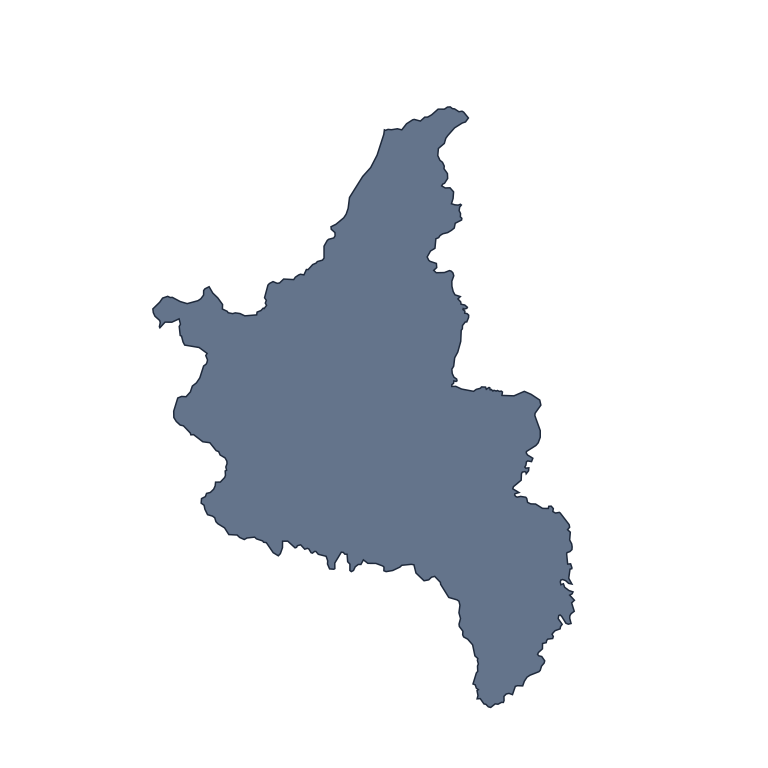 the district of Maubisse, Ainaro, East Timor, rotated 105°
{"feature_id": "22284137B40449592168850", "entity_name": "Maubisse", "entity_type": "district", "adm_level": 2, "iso_a3": "TLS", "parent_name": "East Timor", "parent_adm1": "Ainaro", "projection": "albers", "projection_center": [125.632, -8.847], "detail": "fine", "context": "isolated", "style": "filled", "palette": "slate", "viewbox_px": 768, "rotation_deg": 105, "n_neighbors": 0, "source": "geoboundaries", "source_scale": "gbopen_adm2", "svg_char_len": 6170}
<svg xmlns="http://www.w3.org/2000/svg" viewBox="0 0 768 768"><g transform="rotate(105 384 384)"><path d="M100.0,387.0L100.3,389.2L99.2,391.7L100.1,394.4L102.9,396.8L104.5,402.9L111.6,407.6L114.9,410.9L115.7,413.7L120.6,416.9L120.6,423.3L121.4,424.7L126.8,429.6L133.9,432.6L134.0,437.1L136.5,442.7L137.0,446.0L138.6,448.2L138.4,449.4L142.9,448.8L164.7,449.9L178.4,452.9L189.0,458.3L212.7,465.6L223.6,464.1L229.7,464.5L233.9,465.9L242.1,471.7L245.8,475.9L248.2,475.0L250.4,470.6L253.5,469.6L255.9,470.3L258.6,475.0L260.1,476.0L266.4,477.6L277.9,474.5L280.3,475.5L283.0,480.1L284.8,480.9L287.1,483.8L293.1,486.9L293.5,488.6L299.3,489.6L299.6,493.1L300.7,494.6L303.8,497.3L306.5,498.2L308.6,508.1L313.4,511.0L314.4,513.2L313.8,517.7L316.6,520.7L318.5,521.7L331.6,521.7L333.7,519.3L336.6,519.6L338.4,517.8L342.2,519.3L342.0,520.3L344.9,521.9L347.4,525.2L350.2,524.9L354.2,536.1L353.2,541.3L353.8,546.1L355.2,548.4L355.5,553.0L354.4,554.2L353.4,559.5L349.0,560.5L343.8,566.9L340.5,572.9L335.3,578.1L338.4,581.6L340.4,582.4L344.8,581.3L349.1,583.0L351.7,585.3L357.3,594.9L357.1,602.2L355.1,610.9L355.8,612.9L355.3,615.6L358.3,620.1L363.0,621.8L371.3,626.7L374.8,625.3L377.8,622.8L380.7,617.1L382.7,616.0L386.8,615.8L387.7,615.0L380.9,611.5L379.2,604.9L374.1,598.8L378.9,596.1L381.4,596.7L389.9,593.4L390.1,592.0L395.4,589.0L398.0,586.6L396.6,572.1L400.2,562.8L402.7,563.5L406.4,560.7L409.1,560.6L410.8,560.9L413.3,562.9L425.7,563.5L431.5,565.5L435.6,568.6L441.8,569.0L447.5,571.9L448.4,576.3L450.9,579.6L464.7,580.1L470.8,578.3L474.0,574.9L476.4,570.3L476.3,566.9L481.5,558.4L483.1,557.4L482.2,554.8L486.7,544.1L485.8,537.0L491.8,528.9L492.1,526.2L495.0,523.9L496.5,518.4L499.2,515.8L501.6,515.0L505.1,515.3L508.1,513.7L509.1,514.9L513.3,513.5L515.5,513.7L521.1,516.7L522.4,521.3L526.1,520.7L529.7,521.3L533.7,523.7L535.6,527.1L539.0,527.4L541.9,530.6L546.4,529.8L547.7,526.4L551.3,524.6L555.9,520.6L556.0,515.5L557.0,512.9L560.5,510.7L562.0,508.3L564.2,500.8L569.6,494.9L567.9,486.8L569.6,483.7L570.4,478.7L568.2,476.5L565.4,469.3L566.6,467.1L567.0,460.6L568.0,459.4L567.7,456.6L575.6,447.4L577.3,441.6L574.7,440.2L568.4,439.7L562.1,441.3L560.7,436.3L565.3,427.5L564.4,426.2L562.6,425.8L560.9,422.9L564.1,417.8L562.6,415.5L562.8,413.9L565.8,410.8L565.9,409.4L563.6,407.6L563.4,406.4L565.5,403.4L565.4,395.3L569.4,392.6L572.5,392.0L576.7,388.7L575.9,384.5L575.0,383.7L569.7,385.2L557.5,381.7L557.2,379.7L558.5,377.8L558.0,375.6L565.1,373.1L566.8,370.3L572.9,368.7L573.7,367.0L572.0,365.2L568.1,364.5L565.0,362.2L564.3,359.6L559.2,358.4L561.4,353.2L559.4,345.4L560.1,338.1L560.9,336.6L564.4,335.8L564.7,333.4L561.9,327.3L556.7,321.2L554.5,319.9L551.1,310.9L550.9,308.3L558.3,304.2L563.7,294.4L561.6,290.1L558.3,288.1L556.7,285.2L561.0,278.2L562.9,277.4L573.4,266.2L573.6,257.7L574.4,255.4L578.0,253.4L585.6,252.4L590.7,249.4L596.5,249.4L598.7,248.5L602.4,243.8L605.9,243.1L607.7,241.6L608.8,237.1L613.0,230.9L623.1,225.8L624.9,222.3L626.7,222.3L630.0,220.4L632.2,220.7L637.3,219.1L639.2,220.0L650.7,220.4L651.0,218.0L653.9,216.1L654.8,213.8L656.1,214.8L660.6,212.6L664.0,212.6L663.0,209.6L667.2,204.6L667.0,202.7L668.8,199.7L668.8,197.2L664.2,193.8L663.8,191.0L661.1,188.1L660.7,186.3L658.7,186.1L654.7,187.3L651.8,185.7L650.5,183.2L650.8,179.5L642.1,178.9L640.9,177.1L639.7,171.9L634.8,171.5L630.2,170.0L627.5,167.6L621.8,159.9L620.2,159.0L615.7,158.8L612.1,157.1L609.8,157.1L606.4,161.1L606.5,164.1L605.4,165.7L603.3,165.3L598.8,162.4L593.6,163.7L591.9,160.4L589.6,160.5L588.0,159.7L586.2,155.2L584.1,155.1L582.2,156.9L580.4,156.2L578.0,154.9L574.9,150.5L572.6,150.7L570.0,149.7L565.6,155.0L562.4,155.3L561.5,154.1L562.4,152.3L568.0,146.4L568.3,143.8L566.9,141.3L562.2,144.0L559.7,144.5L557.4,143.8L554.3,141.4L546.9,146.1L543.6,144.1L539.9,150.0L538.0,148.0L535.9,147.6L535.6,152.0L533.6,156.9L530.5,159.0L532.1,161.2L529.5,162.5L527.7,162.5L526.6,160.9L526.9,157.7L528.8,154.1L528.6,150.7L523.8,155.3L514.7,156.4L513.8,154.8L512.9,154.9L509.4,157.2L510.4,160.0L500.9,163.6L499.5,163.6L497.8,161.1L495.3,159.6L492.7,160.1L489.9,161.3L486.6,164.3L478.9,165.7L477.2,169.0L474.3,167.6L471.9,168.8L463.0,180.4L462.6,181.4L464.3,185.0L463.5,187.9L460.5,188.2L458.7,190.9L459.5,193.2L461.7,193.1L463.1,198.7L460.7,206.5L461.8,211.2L461.2,214.7L457.6,216.5L456.7,217.8L457.2,222.9L458.8,226.0L458.5,227.8L457.4,229.1L456.1,229.1L453.9,225.5L451.9,232.5L449.7,232.4L441.4,226.6L435.1,228.0L433.3,227.6L432.2,225.3L432.5,224.1L433.9,223.4L430.4,221.9L427.5,222.4L428.6,225.3L427.8,226.5L425.7,225.9L422.3,226.3L421.1,225.3L420.8,221.4L417.2,221.0L415.4,227.0L413.7,228.8L412.3,228.9L404.0,221.3L400.9,219.8L395.0,219.3L388.6,221.0L375.5,230.1L373.2,230.5L363.8,227.0L359.2,229.4L355.9,239.2L354.8,246.6L361.8,255.4L364.5,267.1L361.1,267.5L360.5,268.8L361.3,270.8L360.9,272.8L361.8,273.8L361.6,276.1L362.6,277.0L361.5,278.9L362.1,279.9L360.2,280.9L360.2,281.7L362.6,283.8L360.7,285.1L361.6,289.1L363.1,289.7L365.3,293.5L367.9,295.6L368.8,307.8L367.7,314.0L368.8,317.9L367.0,318.3L365.4,317.0L362.9,317.3L362.9,315.1L362.0,314.3L360.4,315.1L359.3,318.2L356.2,320.8L352.1,322.3L348.8,321.3L340.4,322.5L334.1,321.0L323.0,320.9L312.2,323.3L310.4,322.6L307.2,323.3L303.1,321.6L302.6,320.1L297.9,319.5L295.6,320.0L294.5,322.0L294.7,324.4L292.7,324.7L291.7,327.0L290.6,327.0L290.9,325.9L289.5,323.6L288.3,323.3L286.8,326.4L287.0,330.2L284.8,331.2L282.7,334.6L279.8,332.9L279.5,338.5L276.8,341.1L272.0,343.7L267.1,345.1L261.4,344.6L258.8,346.2L257.6,348.2L257.5,350.1L260.7,354.5L263.0,362.3L261.4,365.4L257.9,363.2L254.0,364.6L253.6,371.2L252.9,372.8L250.1,375.2L243.5,373.5L239.7,369.9L230.3,371.5L228.5,369.1L226.1,368.3L223.7,366.1L221.3,361.7L218.1,358.6L215.2,356.5L210.3,356.8L205.5,351.5L203.8,351.7L202.8,353.5L199.5,354.2L197.1,356.3L193.6,356.7L191.1,355.6L190.6,356.7L192.0,358.6L192.6,362.0L192.4,365.5L186.9,365.3L180.4,366.5L177.4,371.0L178.8,375.6L177.7,379.6L175.7,379.0L174.5,377.5L169.0,375.7L164.3,377.2L160.5,381.8L157.9,382.2L154.7,384.9L153.4,387.9L149.4,391.2L142.4,392.4L136.0,388.0L130.7,387.9L127.5,386.7L118.3,382.1L111.6,375.9L109.8,373.1L105.2,371.3L100.8,377.4L100.3,379.2L101.6,382.1L100.0,387.0Z" fill="#64748b" stroke="#1e293b" stroke-width="1.5"/></g></svg>